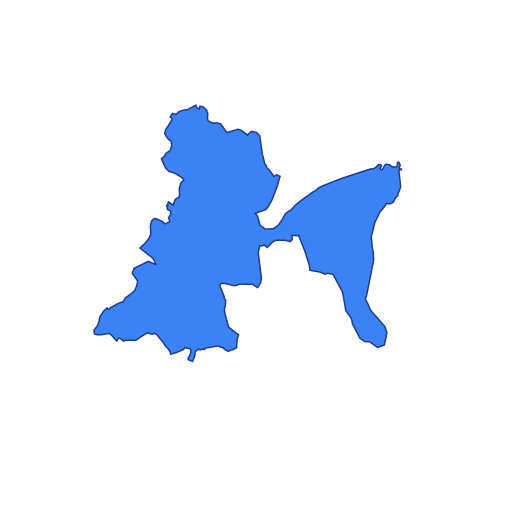 outline of Al Odayn, Ibb, Yemen, rotated 130°
{"feature_id": "15242507B10242503769306", "entity_name": "Al Odayn", "entity_type": "district", "adm_level": 2, "iso_a3": "YEM", "parent_name": "Yemen", "parent_adm1": "Ibb", "projection": "orthographic", "projection_center": [43.943, 13.994], "detail": "fine", "context": "isolated", "style": "filled", "palette": "blue", "viewbox_px": 512, "rotation_deg": 130, "n_neighbors": 0, "source": "geoboundaries", "source_scale": "gbopen_adm2", "svg_char_len": 5034}
<svg xmlns="http://www.w3.org/2000/svg" viewBox="0 0 512 512"><g transform="rotate(130 256 256)"><path d="M377.4,236.8L377.0,236.9L371.1,239.0L369.7,240.2L368.1,240.8L366.5,240.9L365.7,240.6L364.6,240.1L364.4,239.7L364.1,239.2L364.0,239.3L363.5,238.1L363.0,237.8L362.2,237.5L361.9,237.4L361.8,236.9L360.9,235.6L360.2,235.5L358.8,235.3L354.7,231.8L353.1,230.5L349.4,227.4L347.5,222.1L347.6,219.1L347.4,218.2L347.1,217.5L347.0,216.6L346.9,215.9L343.7,214.4L343.0,213.6L339.3,212.3L338.8,211.8L335.7,214.2L331.8,217.0L327.6,218.6L328.1,231.3L322.7,239.0L319.9,243.0L317.0,246.1L314.1,247.6L312.0,248.7L309.7,250.5L308.2,254.1L307.5,254.3L304.3,260.3L302.4,264.1L301.0,265.0L300.0,265.0L298.9,264.8L298.4,263.9L295.7,260.0L293.6,255.1L292.7,253.6L292.5,253.3L290.6,251.9L288.0,250.4L282.1,243.0L279.9,240.7L279.2,234.5L275.2,235.0L273.7,235.1L272.6,235.8L269.5,237.6L252.0,256.5L245.7,259.6L244.2,257.7L242.3,256.7L242.4,253.0L234.0,252.2L230.9,250.6L225.2,243.6L223.6,240.5L222.8,238.9L219.9,238.9L217.1,241.7L213.7,237.2L212.8,236.7L220.6,222.1L228.9,209.1L232.3,205.5L228.1,198.3L227.3,196.8L226.0,193.2L225.6,191.4L223.4,190.2L220.5,185.3L228.1,166.3L240.2,152.0L242.3,143.7L243.9,140.8L245.9,138.6L246.1,138.2L246.4,137.5L246.8,136.5L252.1,123.8L251.7,117.7L248.7,113.9L247.9,104.1L246.7,103.4L241.7,100.4L239.9,101.4L235.1,104.0L230.5,106.5L227.2,112.0L224.2,131.5L223.4,134.5L220.8,139.5L218.7,144.6L215.5,145.7L194.2,157.4L183.7,163.2L179.6,166.9L177.7,168.7L174.6,172.6L172.4,174.8L168.9,178.3L167.2,180.0L154.0,186.5L142.6,189.3L135.2,189.3L132.0,189.8L130.2,187.1L126.9,185.4L121.5,186.5L118.8,186.2L118.5,186.1L117.4,187.1L112.3,188.7L110.1,189.6L105.8,194.0L99.3,200.9L98.0,201.7L96.3,200.1L95.9,200.6L96.2,201.0L97.0,201.5L97.0,202.4L96.0,203.4L94.4,203.4L93.1,205.0L92.5,206.3L92.5,207.1L92.8,207.5L93.2,207.5L93.7,207.4L94.5,207.2L94.9,206.5L96.5,205.7L97.6,205.7L98.4,206.6L99.6,208.2L100.0,208.1L100.3,212.3L101.2,214.0L102.4,215.6L104.0,215.6L106.3,215.1L108.9,214.9L109.5,215.4L109.3,217.2L107.3,217.7L106.2,217.7L106.0,218.7L106.3,219.8L107.4,221.0L110.2,221.0L113.7,222.1L114.6,222.7L115.2,223.9L141.2,240.1L157.9,249.2L163.9,252.1L165.7,251.8L169.9,253.4L174.2,254.5L176.7,255.1L185.4,257.4L191.9,258.5L198.2,258.7L201.2,259.9L205.0,260.6L208.5,259.9L211.3,259.3L216.2,258.9L216.3,258.5L218.3,258.8L223.8,260.2L226.2,262.6L229.4,266.1L229.8,272.7L225.1,279.5L224.4,280.9L223.7,284.0L214.4,278.5L211.4,278.2L203.2,279.7L200.5,280.6L192.5,283.4L189.1,284.5L179.5,288.8L180.3,291.2L180.4,292.2L181.1,292.7L183.6,293.2L183.4,293.6L181.4,301.9L181.6,303.3L181.2,305.2L180.2,306.2L179.8,308.5L176.0,313.6L173.9,316.7L165.3,326.2L161.5,330.5L161.1,335.3L163.5,339.7L164.8,339.8L166.8,340.2L167.7,340.2L168.9,340.3L168.8,341.2L169.3,348.4L170.5,351.3L172.4,352.4L180.2,357.8L177.5,368.0L177.8,368.5L179.2,371.7L181.1,373.6L182.5,376.0L183.0,378.2L183.1,379.9L181.7,381.7L179.9,383.0L177.8,384.6L177.5,385.4L176.0,387.7L176.1,388.6L175.8,390.6L175.8,392.6L177.2,395.2L178.7,394.7L179.0,394.2L180.0,394.0L180.5,394.6L180.4,395.7L180.2,397.6L179.1,399.0L188.5,402.8L190.7,405.2L194.9,407.8L198.7,408.3L199.3,409.3L200.0,410.8L200.5,411.6L200.9,411.6L204.6,411.2L204.4,409.5L205.1,408.4L206.3,407.9L207.4,407.8L212.3,406.9L216.7,406.5L217.1,406.5L221.0,404.5L222.8,399.1L222.8,394.9L222.8,394.5L225.5,391.5L225.9,391.3L228.7,390.3L229.4,390.0L229.7,389.9L231.0,389.4L233.8,390.7L235.8,390.9L238.8,390.2L242.1,391.0L242.7,390.3L246.6,382.1L247.2,377.1L245.0,372.1L243.5,363.5L244.0,360.3L248.6,360.5L249.1,360.4L249.6,359.9L251.0,359.3L253.7,358.0L254.6,357.1L254.9,357.1L255.4,356.6L257.6,354.3L260.6,352.8L264.0,354.1L264.6,354.3L267.7,353.1L270.3,352.1L270.7,357.7L271.4,357.6L272.2,357.1L275.0,356.7L275.4,356.2L275.6,355.2L276.5,354.7L277.3,353.7L276.5,350.3L278.9,348.1L282.9,347.6L285.0,344.2L285.9,344.3L287.9,345.4L289.4,346.0L289.9,346.6L289.9,348.4L289.6,349.8L289.9,350.5L291.3,355.5L292.0,357.2L292.5,357.6L293.6,358.3L294.1,358.3L296.6,358.4L300.8,356.3L304.1,353.2L307.1,350.5L312.0,349.2L317.1,349.2L324.5,350.0L324.0,333.9L325.0,330.5L326.9,327.5L329.4,335.2L340.6,340.0L340.8,340.1L343.6,341.5L348.8,339.7L351.3,330.5L355.6,328.1L360.8,326.7L365.6,327.5L372.3,329.1L376.3,328.3L380.1,330.7L389.6,334.4L391.7,334.6L391.9,335.6L391.5,336.7L395.9,337.3L402.6,336.6L406.5,334.5L411.0,332.7L416.7,332.4L417.9,331.6L419.3,330.0L419.5,329.2L419.4,328.8L419.0,328.5L418.8,328.0L418.0,326.5L414.7,322.9L412.4,321.1L409.7,318.6L409.5,317.0L409.7,314.0L410.3,311.0L410.7,308.2L407.3,308.5L406.3,306.9L406.4,302.7L404.9,302.2L403.9,301.3L403.0,300.2L399.2,295.5L398.1,294.1L397.4,293.7L393.9,292.9L389.3,291.4L384.7,289.9L384.8,289.6L382.7,285.4L380.8,284.0L380.3,284.0L380.2,283.6L379.9,281.1L380.7,278.0L381.9,271.6L382.2,270.1L382.9,269.0L383.4,264.4L383.4,263.6L384.8,260.1L386.0,257.9L384.3,257.1L382.2,255.7L381.6,255.2L374.5,251.5L372.1,251.7L369.6,247.3L369.6,246.0L371.4,244.2L373.1,243.3L375.3,242.8L377.8,242.4L378.4,242.1L378.8,240.4L377.4,236.8Z" fill="#3b82f6" stroke="#1e3a8a" stroke-width="1.5"/></g></svg>